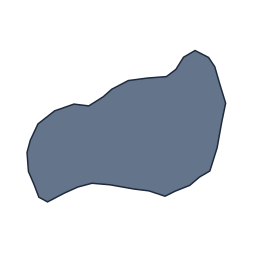 outline of Orust, Västra Götaland, Sweden, rotated 15°
{"feature_id": "70781695B44388212160911", "entity_name": "Orust", "entity_type": "district", "adm_level": 2, "iso_a3": "SWE", "parent_name": "Sweden", "parent_adm1": "Västra Götaland", "projection": "orthographic", "projection_center": [11.637, 58.169], "detail": "fine", "context": "isolated", "style": "filled", "palette": "slate", "viewbox_px": 256, "rotation_deg": 15, "n_neighbors": 0, "source": "geoboundaries", "source_scale": "gbopen_adm2", "svg_char_len": 576}
<svg xmlns="http://www.w3.org/2000/svg" viewBox="0 0 256 256"><g transform="rotate(15 128 128)"><path d="M172.7,35.8L163.3,45.3L159.1,59.0L151.8,68.4L133.9,74.7L116.0,82.1L102.3,94.7L96.0,104.2L84.4,116.8L69.6,118.9L52.7,130.4L40.0,147.3L36.8,165.2L36.8,177.8L43.1,195.8L51.5,206.4L59.9,218.0L69.4,220.2L83.2,207.5L94.8,198.0L107.5,190.7L125.4,187.5L149.7,185.4L164.5,183.3L181.4,184.3L189.8,176.9L202.5,167.4L209.8,156.8L218.2,148.3L219.2,124.1L217.0,97.8L215.9,78.8L205.4,62.0L195.9,46.3L187.5,39.0L172.7,35.8Z" fill="#64748b" stroke="#1e293b" stroke-width="1.5"/></g></svg>